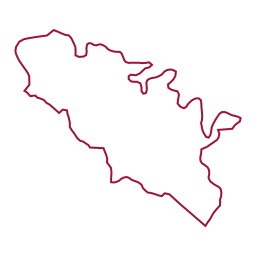 the district of Pirapó, Rio Grande do Sul, Brazil
{"feature_id": "56859067B57075431460973", "entity_name": "Pirapó", "entity_type": "district", "adm_level": 2, "iso_a3": "BRA", "parent_name": "Brazil", "parent_adm1": "Rio Grande do Sul", "projection": "orthographic", "projection_center": [-55.227, -28.076], "detail": "fine", "context": "isolated", "style": "outline", "palette": "rose", "viewbox_px": 256, "rotation_deg": 0, "n_neighbors": 0, "source": "geoboundaries", "source_scale": "gbopen_adm2", "svg_char_len": 2709}
<svg xmlns="http://www.w3.org/2000/svg" viewBox="0 0 256 256"><path d="M232.3,128.8L234.5,125.6L236.6,123.7L239.9,121.4L240.6,118.1L237.6,116.6L234.7,115.9L231.4,115.0L228.1,113.4L225.5,112.2L222.1,112.0L219.5,113.7L218.1,115.8L216.6,118.0L215.1,120.4L213.2,123.9L211.7,127.2L211.3,130.7L210.4,134.9L208.7,137.6L206.1,136.9L203.9,133.4L202.5,130.2L201.8,126.8L201.1,123.0L201.9,120.3L202.2,117.4L202.1,113.9L201.5,107.5L201.3,103.6L201.0,100.4L199.0,98.5L196.2,98.3L192.7,99.8L189.9,102.1L188.0,104.2L185.9,107.2L183.8,108.2L180.3,106.7L177.6,103.5L178.0,99.7L179.0,94.6L177.4,91.3L174.0,90.5L171.4,89.7L168.4,87.8L168.0,84.4L170.8,82.1L173.7,79.0L175.4,75.8L175.9,71.6L172.5,69.8L169.8,69.5L166.9,70.1L164.4,71.6L162.0,74.4L158.3,76.5L155.0,77.6L152.6,77.9L149.9,78.6L147.5,80.0L146.3,82.7L146.7,86.3L146.8,89.9L145.8,93.2L143.2,93.6L141.5,91.0L141.5,87.4L140.4,83.3L136.7,81.7L134.0,81.8L131.1,81.4L128.7,79.1L128.7,76.2L130.7,74.7L133.0,74.9L135.9,75.3L139.9,73.4L145.2,68.4L149.1,67.4L152.0,64.9L149.0,62.3L145.9,62.9L141.3,63.1L138.4,62.7L135.8,62.8L132.6,62.7L128.8,62.9L125.8,62.1L124.1,59.8L123.1,56.9L121.7,53.7L119.9,51.9L117.4,51.9L113.7,51.5L110.1,50.4L108.0,49.2L105.6,46.7L103.4,45.4L101.0,44.4L98.6,44.5L96.1,45.4L93.8,44.9L91.6,43.6L89.2,43.1L87.1,44.4L86.4,48.3L86.7,52.1L86.1,55.1L83.4,56.6L78.9,56.9L75.5,55.3L75.6,51.0L75.3,46.7L73.8,43.4L72.7,41.0L71.1,37.8L68.6,35.3L65.6,35.0L61.8,33.5L58.1,31.8L53.7,30.1L47.0,35.5L38.7,36.6L29.8,38.0L24.1,39.1L19.3,41.7L16.0,47.1L15.4,51.4L16.4,54.9L19.2,60.7L27.7,72.8L29.2,76.2L29.4,84.7L24.5,90.8L26.9,92.4L30.4,96.2L33.0,95.7L35.4,95.6L37.1,97.5L40.3,98.5L43.7,99.9L46.6,103.0L49.7,104.6L59.1,113.0L62.8,109.6L67.0,110.4L67.5,113.9L68.7,117.4L69.4,120.5L69.9,123.5L69.8,126.8L71.6,130.0L73.6,132.6L75.2,134.9L77.2,138.1L80.1,140.7L83.4,141.7L85.9,143.5L88.3,145.0L89.9,147.5L103.6,148.2L104.8,151.7L106.0,154.4L107.2,158.4L107.0,162.3L108.7,164.8L110.9,167.7L111.4,171.0L111.4,174.5L111.1,178.6L111.1,182.2L114.0,182.5L117.0,181.7L119.2,180.6L121.6,178.6L124.0,177.5L126.5,177.0L128.9,177.8L131.8,179.9L135.0,181.1L138.4,182.4L141.5,184.7L142.8,187.8L145.0,190.3L147.9,192.6L150.6,192.9L152.9,193.5L156.3,194.6L159.3,195.6L161.7,196.1L164.8,193.3L169.4,194.3L179.9,203.9L205.4,225.9L207.9,222.0L210.2,218.9L211.4,216.7L213.3,213.3L215.8,210.1L217.9,207.7L219.9,205.6L220.2,202.8L220.0,199.8L221.1,196.5L221.4,192.7L220.6,188.8L218.8,187.0L216.0,185.5L213.1,183.6L210.1,181.2L208.5,177.6L209.3,173.7L209.0,169.9L207.5,167.2L204.7,165.0L201.8,163.2L200.3,160.1L200.4,156.6L201.1,153.6L201.4,149.3L207.5,146.6L209.8,144.8L212.6,143.0L217.1,139.8L218.6,137.3L219.4,134.0L218.1,129.9L232.3,128.8Z" fill="none" stroke="#9f1239" stroke-width="2"/></svg>